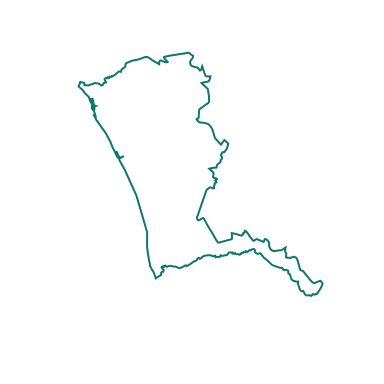 an SVG outline of Tamaulipas, rotated 149°
{"feature_id": "MEX-2716", "entity_name": "Tamaulipas", "entity_type": "State", "adm_level": 1, "iso_a3": "MEX", "parent_name": "Mexico", "parent_adm1": "", "projection": "mercator", "projection_center": [-98.976, 24.945], "detail": "fine", "context": "isolated", "style": "outline", "palette": "teal", "viewbox_px": 384, "rotation_deg": 149, "n_neighbors": 0, "source": "natural_earth", "source_scale": "10m", "svg_char_len": 6082}
<svg xmlns="http://www.w3.org/2000/svg" viewBox="0 0 384 384"><g transform="rotate(149 192 192)"><path d="M137.6,40.2L138.1,40.8L139.9,40.8L140.9,42.3L141.5,42.3L142.5,41.7L143.1,41.5L143.6,41.8L144.3,42.9L144.6,43.1L146.4,43.9L147.4,44.8L147.8,45.7L147.7,49.9L148.0,50.1L148.8,50.2L149.2,50.4L149.6,51.7L149.6,54.0L149.0,56.0L148.8,57.2L148.3,59.0L147.5,60.0L147.1,60.6L148.9,61.4L149.2,62.2L149.9,62.6L150.6,63.4L151.2,64.4L151.5,65.4L151.6,66.5L151.4,67.6L150.7,70.0L150.6,71.2L151.2,72.2L151.3,72.7L151.1,73.2L150.1,75.0L151.2,76.6L152.0,77.3L153.3,77.5L153.6,78.0L153.7,78.6L153.7,79.8L153.9,80.4L156.4,82.5L160.9,88.1L162.3,93.2L164.3,99.2L164.8,102.9L165.1,104.3L166.3,104.8L167.6,105.1L168.2,105.9L168.8,107.4L168.9,108.2L167.9,110.2L168.1,110.9L169.1,111.7L170.1,111.9L172.0,111.8L172.6,112.5L172.9,112.6L174.1,112.2L175.3,112.2L175.8,112.5L176.2,113.4L177.0,112.6L178.8,114.0L180.0,113.7L180.5,114.1L181.0,114.2L181.4,114.1L181.7,113.7L182.3,114.1L183.0,113.7L183.5,113.7L184.5,114.9L186.2,116.0L186.8,116.7L186.6,117.6L187.9,117.6L188.5,117.9L189.0,118.4L188.4,119.1L188.5,119.4L189.3,119.6L190.4,120.6L190.9,120.9L191.6,121.1L194.6,119.9L196.0,120.7L197.6,121.1L199.0,121.7L200.1,123.0L200.9,122.0L202.3,122.4L203.9,123.4L205.3,123.8L204.9,124.9L204.9,125.5L205.5,125.7L206.8,125.7L208.8,128.4L212.7,130.4L214.6,131.0L216.3,131.1L218.7,130.5L219.7,130.7L220.1,132.1L220.6,132.3L221.7,131.9L223.3,131.1L224.0,131.1L226.9,131.5L230.1,131.1L233.9,131.1L234.9,131.4L235.0,132.3L235.7,132.5L240.1,132.7L241.1,133.0L242.0,133.4L243.0,134.2L244.4,136.6L245.9,137.2L248.1,139.6L249.9,140.5L251.8,140.7L252.1,141.1L252.4,142.0L252.9,142.8L254.0,143.0L254.2,142.8L254.3,142.2L254.7,142.2L255.1,142.5L255.4,143.3L255.9,143.4L257.0,143.0L257.0,141.9L256.5,139.6L256.7,139.3L257.8,138.4L258.7,139.1L259.9,138.7L260.8,137.8L261.0,136.9L261.6,136.7L264.1,136.9L267.4,136.6L266.0,144.3L266.5,146.5L266.1,147.6L266.1,150.2L265.0,152.2L264.4,154.5L261.2,162.7L258.3,168.9L251.2,180.6L241.5,217.5L238.2,245.6L237.8,256.8L237.4,257.8L236.5,258.1L232.9,257.8L232.9,258.1L235.4,258.2L236.1,258.8L236.4,260.2L236.0,265.3L236.4,265.3L236.7,263.8L236.9,260.2L237.4,258.5L238.0,260.5L237.0,271.7L236.1,277.0L235.6,286.9L236.9,302.7L236.4,309.4L236.4,305.4L235.8,306.0L234.3,311.7L233.9,312.5L232.2,314.2L232.1,314.6L232.1,315.4L231.8,315.8L231.5,315.8L230.2,315.4L231.1,316.6L231.2,317.7L229.5,321.7L229.3,322.5L229.4,323.3L229.9,323.7L230.5,323.7L231.1,323.4L231.5,322.9L231.3,320.7L231.5,319.9L232.0,319.2L232.3,319.2L232.5,320.7L232.5,322.2L231.5,326.6L233.0,332.2L232.9,333.8L233.6,337.2L234.9,340.9L233.2,342.2L232.3,342.6L231.9,343.3L231.4,343.8L230.9,343.8L229.4,342.2L228.3,341.2L228.3,340.4L229.2,339.0L228.5,338.4L225.8,336.7L223.7,336.4L221.2,335.6L219.2,335.5L216.7,333.4L215.8,332.5L214.9,330.0L213.9,329.6L213.3,329.8L212.3,330.4L211.3,330.8L211.0,330.8L210.1,330.3L209.3,330.3L209.1,331.4L209.1,332.7L208.9,333.6L208.3,334.0L207.6,334.0L206.3,333.5L205.6,333.9L204.8,332.5L204.3,332.6L203.6,333.3L203.1,333.2L201.8,332.2L201.1,332.7L200.4,332.1L198.0,332.1L192.8,333.0L191.8,332.4L190.8,331.6L189.9,332.9L188.4,333.4L185.3,333.7L184.5,334.1L182.9,336.0L182.0,336.3L176.5,335.5L174.9,335.1L171.2,333.7L168.3,332.9L163.0,331.9L161.9,331.5L160.9,330.8L160.1,329.7L157.5,324.2L155.8,321.2L154.3,318.5L153.1,320.2L152.4,320.9L151.6,321.1L150.8,320.6L148.3,317.3L147.8,316.9L146.7,316.1L146.2,315.9L145.8,316.0L146.7,319.5L146.8,320.2L146.8,321.7L146.3,322.1L145.5,321.9L140.3,320.1L123.0,313.0L122.7,312.6L122.4,311.0L121.0,308.4L121.1,307.7L121.8,307.0L122.9,306.3L125.2,305.5L126.3,304.7L127.2,303.5L127.6,302.0L127.3,300.2L126.2,298.7L123.5,296.1L123.0,295.1L122.6,292.1L121.8,291.8L120.6,292.6L118.5,294.5L118.8,292.8L119.7,289.6L120.6,284.8L120.2,283.9L119.0,283.0L116.6,281.6L119.3,279.0L120.8,278.3L122.4,278.7L125.0,279.8L127.7,280.5L125.4,272.1L125.7,271.0L126.3,269.8L128.1,265.6L130.4,261.2L131.0,260.4L132.0,260.0L133.1,259.8L136.0,259.8L138.9,259.4L141.8,259.2L143.2,259.0L144.0,258.1L148.1,252.2L148.6,251.9L150.1,252.2L150.6,252.1L150.7,251.6L150.0,248.5L149.4,247.6L146.7,245.6L143.5,242.5L142.7,241.0L142.3,238.5L142.3,235.8L142.6,233.9L144.4,227.0L144.5,226.1L142.8,217.7L137.6,219.9L136.6,217.2L136.2,215.7L136.2,214.5L139.8,211.3L140.6,210.7L143.8,209.6L144.2,209.7L145.0,210.3L145.4,210.4L145.8,210.3L146.9,209.3L147.9,209.0L148.2,208.7L148.4,208.1L148.4,206.4L148.7,205.7L149.3,205.1L150.7,204.7L151.1,204.5L151.6,203.6L152.5,202.9L155.3,202.7L156.5,202.3L157.0,202.0L158.1,200.5L158.6,200.3L161.2,201.8L165.2,203.1L164.8,201.1L163.8,198.6L163.7,197.4L164.3,196.3L166.0,194.3L166.3,193.6L166.0,193.0L164.1,190.9L163.9,190.2L164.6,189.9L165.5,189.8L166.2,189.9L165.8,188.2L166.1,187.7L168.1,187.9L168.9,186.4L169.7,186.2L171.1,184.1L171.7,184.0L173.3,186.1L174.4,186.7L175.7,186.7L178.1,186.3L179.1,185.8L199.1,169.0L200.8,167.8L201.4,166.9L201.4,165.0L201.2,164.5L200.8,164.2L200.1,164.2L196.7,164.2L195.9,164.0L195.6,162.6L195.6,160.1L195.9,155.9L195.8,144.4L196.0,139.2L195.9,136.3L195.2,134.8L186.9,132.5L184.4,131.7L183.0,131.3L182.0,131.3L181.2,132.2L179.1,136.3L176.4,133.8L172.4,129.5L171.6,129.0L170.5,129.2L170.1,129.4L169.4,130.3L169.0,130.4L168.3,130.1L167.9,130.2L166.7,131.5L165.8,130.0L165.4,126.8L165.3,123.2L165.0,120.6L164.7,119.0L164.4,118.4L163.6,118.3L162.1,118.5L161.3,118.5L160.6,118.1L157.9,114.6L156.6,112.5L155.9,112.5L154.8,113.5L153.7,114.1L152.8,113.1L152.3,112.2L152.0,111.4L152.0,110.4L152.1,108.5L152.3,108.1L153.0,107.2L153.7,105.8L154.0,104.3L154.1,102.6L153.7,101.0L152.6,99.5L150.9,98.5L147.5,97.2L145.3,96.1L144.6,96.0L140.5,96.2L142.2,94.3L142.7,93.4L142.9,90.7L143.6,89.6L145.0,87.6L144.5,87.4L143.9,86.3L142.2,85.3L141.6,84.8L139.7,84.5L138.6,84.1L138.1,84.1L136.5,82.1L136.7,78.7L139.1,70.6L139.3,69.6L139.0,68.7L137.9,67.7L137.5,66.9L136.1,56.5L135.3,52.7L134.2,50.9L127.8,49.9L127.5,49.2L127.3,47.9L127.3,46.5L127.5,45.8L129.8,44.2L132.3,42.7L137.6,40.2ZM233.3,316.5L234.1,314.2L234.6,313.5L234.8,314.5L234.2,316.3L233.1,317.9L231.8,318.4L232.2,317.8L233.3,316.5Z" fill="none" stroke="#0f766e" stroke-width="2"/></g></svg>